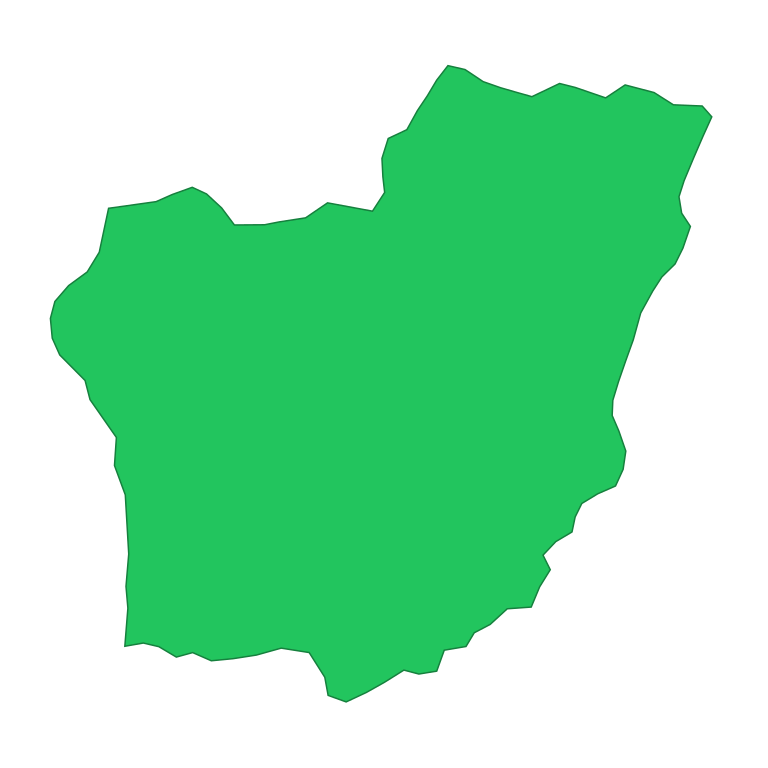 Lourdes, São Paulo, Brazil (Albers equal-area conic projection), rotated 179°
{"feature_id": "56859067B53579578319178", "entity_name": "Lourdes", "entity_type": "district", "adm_level": 2, "iso_a3": "BRA", "parent_name": "Brazil", "parent_adm1": "São Paulo", "projection": "albers", "projection_center": [-50.239, -20.948], "detail": "fine", "context": "isolated", "style": "filled", "palette": "green", "viewbox_px": 768, "rotation_deg": 179, "n_neighbors": 0, "source": "geoboundaries", "source_scale": "gbopen_adm2", "svg_char_len": 1376}
<svg xmlns="http://www.w3.org/2000/svg" viewBox="0 0 768 768"><g transform="rotate(179 384 384)"><path d="M656.3,564.5L666.4,520.7L678.8,501.2L697.6,487.9L711.6,472.3L716.4,455.4L714.9,435.6L707.7,418.7L682.8,392.7L678.2,373.5L652.5,335.2L654.9,307.2L644.6,277.7L642.2,218.5L645.5,186.1L644.0,164.3L647.7,126.3L629.2,129.2L613.7,125.3L596.4,114.6L580.0,118.8L561.5,110.3L539.7,112.0L516.3,115.2L491.4,121.7L463.5,116.8L448.3,91.8L445.3,73.6L427.4,66.8L407.0,75.9L388.5,85.9L369.1,97.6L354.2,93.4L336.3,96.0L328.4,116.8L306.6,120.1L298.1,133.7L282.0,141.8L264.7,157.1L240.7,158.4L231.9,178.5L221.0,195.4L228.0,210.1L215.0,223.4L198.6,232.8L195.2,247.7L188.3,261.1L172.2,270.5L154.3,278.0L146.4,294.5L143.4,312.7L150.0,332.9L156.4,348.5L155.5,363.7L149.5,382.2L141.9,403.0L134.0,423.8L126.1,450.5L113.7,472.2L104.3,486.2L90.9,498.9L82.8,514.5L74.9,536.2L83.4,549.6L85.8,566.1L80.4,582.0L70.4,604.8L60.7,626.2L51.6,645.4L61.0,656.4L89.8,658.1L108.9,670.7L137.7,678.8L157.4,666.2L187.7,677.2L203.2,681.4L231.1,668.7L248.4,673.9L262.3,678.2L279.6,684.6L297.5,697.0L314.5,701.2L326.0,686.9L335.7,671.3L345.7,657.0L356.7,637.9L375.5,629.4L382.1,609.6L381.5,591.1L380.0,575.5L392.5,557.0L437.3,566.1L459.5,551.5L485.9,547.9L500.7,545.3L530.8,545.6L543.2,562.8L558.1,577.1L572.3,584.0L592.3,577.2L608.7,570.3L656.3,564.5Z" fill="#22c55e" stroke="#15803d" stroke-width="1.5"/></g></svg>